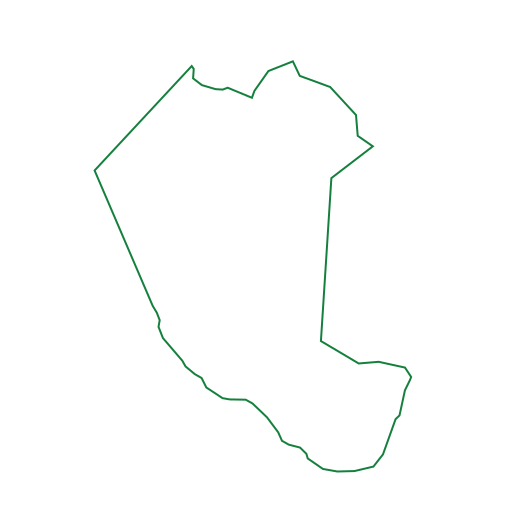 Pamlico, North Carolina, United States of America (Mercator projection), rotated 100°
{"feature_id": "52423323B84079682288186", "entity_name": "Pamlico", "entity_type": "district", "adm_level": 2, "iso_a3": "USA", "parent_name": "United States of America", "parent_adm1": "North Carolina", "projection": "mercator", "projection_center": [-76.685, 35.151], "detail": "fine", "context": "isolated", "style": "outline", "palette": "green", "viewbox_px": 512, "rotation_deg": 100, "n_neighbors": 0, "source": "geoboundaries", "source_scale": "gbopen_adm2", "svg_char_len": 793}
<svg xmlns="http://www.w3.org/2000/svg" viewBox="0 0 512 512"><g transform="rotate(100 256 256)"><path d="M80.1,352.3L199.8,429.8L323.0,349.1L329.0,343.9L335.9,339.7L342.7,339.7L353.0,333.4L371.9,310.4L377.0,306.2L383.0,295.7L385.6,288.4L394.1,282.1L401.8,264.3L401.8,257.0L399.3,241.2L401.8,233.9L413.0,217.1L425.8,203.5L433.5,198.3L436.1,190.9L437.0,179.4L442.1,172.0L446.4,169.9L454.1,153.1L454.1,138.5L450.7,121.7L443.0,103.8L429.3,96.5L392.4,90.2L388.1,87.0L362.4,86.0L351.3,82.8L348.2,82.2L340.0,89.9L338.9,116.8L344.0,136.2L328.5,177.3L166.2,195.3L127.7,160.0L120.0,176.7L99.8,182.0L76.7,212.3L71.0,244.2L57.9,253.5L71.7,275.9L93.6,286.2L100.9,287.5L95.2,313.1L97.9,317.7L98.7,324.8L97.1,339.0L92.0,348.8L82.6,349.8L80.1,352.3Z" fill="none" stroke="#15803d" stroke-width="2"/></g></svg>